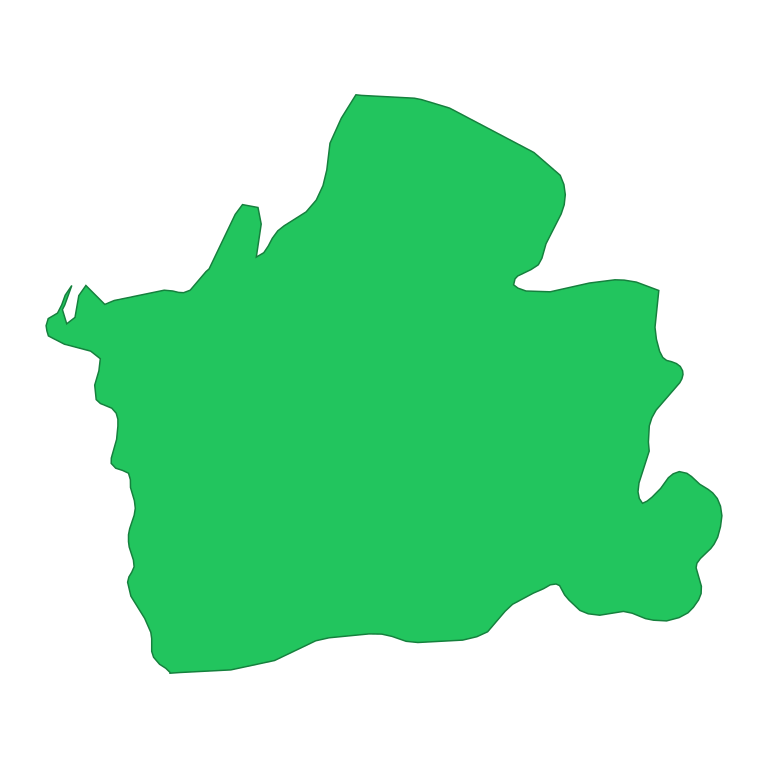 map outline of El Oro (orthographic projection)
{"feature_id": "ECU-1267", "entity_name": "El Oro", "entity_type": "Province", "adm_level": 1, "iso_a3": "ECU", "parent_name": "Ecuador", "parent_adm1": "", "projection": "orthographic", "projection_center": [-79.84, -3.463], "detail": "fine", "context": "isolated", "style": "filled", "palette": "green", "viewbox_px": 768, "rotation_deg": 0, "n_neighbors": 0, "source": "natural_earth", "source_scale": "10m", "svg_char_len": 2351}
<svg xmlns="http://www.w3.org/2000/svg" viewBox="0 0 768 768"><path d="M170.0,673.2L170.0,672.4L165.8,668.3L159.6,664.3L153.6,657.3L151.7,651.4L151.7,638.6L150.8,632.3L144.7,618.4L130.9,596.2L127.6,582.2L128.9,576.9L131.8,572.1L134.1,566.8L133.4,560.0L129.2,547.0L128.5,541.7L128.5,534.7L129.7,528.6L134.2,515.2L135.3,508.3L134.4,500.7L130.5,487.5L130.4,479.7L128.5,473.2L122.5,470.4L115.7,468.2L111.2,463.4L111.3,458.1L116.6,439.4L117.9,426.1L117.9,419.3L116.2,413.2L111.8,408.2L100.4,403.5L96.2,399.6L94.7,385.1L98.9,370.8L100.3,358.7L90.6,351.1L64.4,344.2L53.1,338.4L48.4,335.9L46.9,330.9L46.1,325.7L48.2,318.6L57.5,313.1L61.7,304.9L65.2,295.2L71.8,285.5L64.8,304.9L62.4,309.6L66.7,323.8L75.0,317.4L78.8,295.6L85.9,285.5L104.8,304.4L114.2,300.5L164.2,290.2L172.8,291.0L178.5,292.4L183.6,292.7L190.2,290.2L206.0,271.6L209.1,268.9L235.2,214.4L242.5,204.6L258.0,207.5L261.2,224.1L256.3,257.1L263.8,252.7L268.3,246.0L272.3,238.3L277.8,230.8L284.1,225.8L306.1,211.9L316.3,200.0L323.0,185.6L326.8,169.9L330.0,143.2L341.3,118.2L355.9,94.8L356.0,94.8L361.5,95.4L414.4,98.2L421.5,99.6L449.6,108.1L533.9,152.5L560.2,175.3L563.9,184.5L565.3,194.7L564.2,204.8L561.2,213.9L546.0,243.8L541.9,258.3L538.3,264.8L531.0,269.6L517.7,276.0L515.0,278.9L513.6,284.8L517.9,288.1L526.0,291.0L550.2,291.8L589.5,283.0L614.9,279.8L624.1,280.1L636.4,282.1L658.8,290.5L655.0,327.3L656.4,339.2L659.6,351.3L662.8,357.5L666.6,360.4L671.6,361.7L676.5,363.6L680.3,366.5L682.6,370.8L683.0,374.5L681.9,378.8L679.8,382.7L656.1,410.1L651.9,417.7L649.3,425.8L648.4,442.0L649.2,451.1L639.0,482.9L638.0,491.8L639.3,498.5L642.5,503.3L647.0,501.2L652.1,497.1L660.6,488.5L668.4,477.7L673.2,473.8L679.3,471.6L686.9,473.3L691.7,476.7L699.7,484.2L708.2,489.4L712.7,492.9L717.3,498.5L720.5,506.2L721.9,515.8L720.5,526.7L717.7,537.1L714.1,544.1L710.8,548.5L700.4,558.5L696.9,563.3L696.1,567.8L701.4,586.3L701.1,593.6L698.6,599.9L693.4,607.3L688.0,612.8L679.1,617.6L666.6,620.9L653.5,620.2L645.5,618.6L632.2,613.2L623.4,611.4L599.7,615.2L588.2,613.8L579.9,610.4L569.0,600.1L564.6,594.9L559.6,585.6L556.1,584.0L550.3,584.8L543.5,588.7L533.4,593.1L512.5,604.3L505.1,611.3L487.6,631.8L476.9,636.7L462.7,640.1L417.9,642.5L406.1,641.3L392.0,636.4L381.7,634.1L369.1,633.9L329.0,637.8L315.7,640.8L274.6,660.5L230.8,669.9L180.2,672.5L170.0,673.2Z" fill="#22c55e" stroke="#15803d" stroke-width="1.5"/></svg>